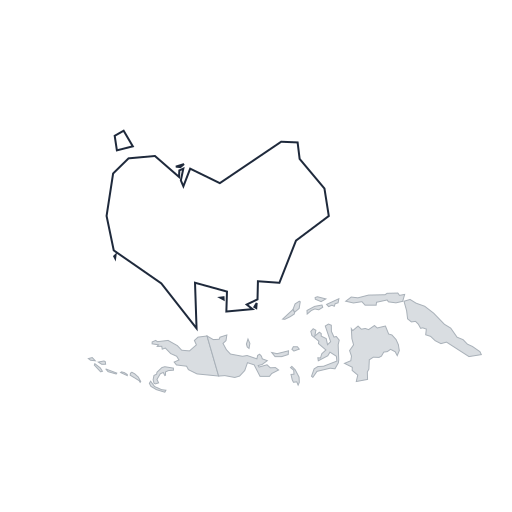 Australia highlighted among its neighbors, rotated 164°
{"feature_id": "AUS", "entity_name": "Australia", "entity_type": "country or territory", "adm_level": 0, "iso_a3": "AUS", "parent_name": "Oceania", "parent_adm1": "", "projection": "robinson", "projection_center": [137.073, -32.4], "detail": "coarse", "context": "with_neighbors", "style": "outline", "palette": "slate", "viewbox_px": 512, "rotation_deg": 164, "n_neighbors": 4, "source": "natural_earth", "source_scale": "50m", "svg_char_len": 4879}
<svg xmlns="http://www.w3.org/2000/svg" viewBox="0 0 512 512"><g transform="rotate(164 256 256)"><path d="M325.0,150.9L345.2,158.9L352.3,165.4L353.1,169.2L362.5,173.2L363.9,176.6L358.7,177.3L359.9,181.5L364.9,185.7L368.5,192.5L371.8,192.3L371.5,195.2L375.9,196.3L374.2,197.5L380.1,200.2L379.5,202.0L375.7,202.5L374.4,200.8L363.8,199.1L356.3,191.5L353.4,185.9L346.1,183.1L337.8,187.0L338.5,191.8L334.1,194.0L325.1,192.6L325.0,150.9ZM388.6,155.0L393.0,159.7L393.6,163.0L391.8,164.7L389.5,158.5L383.7,153.6L379.6,151.8L381.2,150.2L388.6,155.0ZM383.2,171.6L377.2,174.7L374.2,174.7L366.3,171.0L366.8,169.0L371.9,170.0L375.0,169.5L375.8,166.4L376.6,166.2L377.2,169.6L380.4,169.2L385.2,164.7L384.6,160.9L388.0,160.8L389.1,161.8L389.0,165.4L387.0,169.3L384.1,169.8L383.2,171.6ZM402.7,168.4L409.8,176.1L409.0,177.9L407.4,178.5L405.0,176.1L402.5,172.0L401.4,167.1L402.2,166.5L402.7,168.4Z" fill="#d9dde1" stroke="#a8b0b8" stroke-width="1"/><path d="M325.0,150.9L325.1,192.6L320.1,187.4L314.4,186.1L313.0,187.9L305.8,188.1L308.2,182.9L311.8,181.1L310.3,174.1L307.6,168.8L296.6,163.3L292.0,162.8L283.5,156.9L281.8,160.0L279.6,160.6L278.4,158.2L278.3,155.4L274.0,152.3L280.1,150.0L284.1,150.1L283.7,148.4L275.4,148.4L273.1,144.6L268.1,143.4L265.7,140.2L273.3,138.7L276.2,136.6L285.3,139.2L287.8,151.9L293.6,155.8L298.4,149.0L304.9,145.1L309.9,145.1L318.9,149.6L325.0,150.9ZM234.5,191.2L235.2,194.4L231.6,199.2L226.8,200.6L226.1,199.8L229.0,193.7L234.5,191.2ZM286.6,178.4L286.0,173.6L288.2,169.1L289.5,171.0L289.5,174.0L286.6,178.4ZM194.2,107.7L191.0,113.5L195.1,119.5L194.1,122.5L200.5,128.4L193.7,129.2L191.8,133.5L192.1,139.3L186.7,143.7L186.6,150.1L184.4,159.9L183.6,157.6L177.2,160.5L174.9,156.6L170.9,156.2L168.1,154.2L161.3,156.5L159.3,153.4L150.9,153.0L150.0,144.4L147.1,142.6L144.4,137.1L143.6,131.5L144.3,125.6L147.7,121.3L148.6,125.6L152.4,129.2L156.1,127.9L159.7,128.4L163.0,125.2L165.7,124.6L171.1,126.4L175.7,125.0L178.7,116.1L180.9,113.9L182.8,106.6L194.2,107.7ZM259.2,152.2L265.4,154.0L267.5,158.9L262.7,156.3L250.9,155.9L252.2,152.4L259.2,152.2ZM245.1,158.5L241.2,157.3L240.1,154.6L245.8,154.2L247.2,156.4L245.1,158.5ZM251.1,120.3L251.5,123.8L254.8,124.3L255.3,126.9L255.0,132.5L252.1,131.9L251.2,135.8L253.6,139.2L252.0,140.0L249.7,135.9L248.0,127.7L249.2,122.6L251.1,120.3ZM215.6,127.7L229.2,128.3L234.8,123.7L235.8,125.1L231.2,131.5L227.0,132.7L221.5,131.4L207.2,132.7L206.4,137.5L211.4,143.2L214.5,140.3L225.0,138.1L224.6,141.1L222.1,140.2L219.7,143.9L214.7,146.4L220.1,154.6L219.1,156.8L224.2,164.2L224.1,168.4L221.1,170.3L218.9,168.1L221.6,162.8L216.1,165.3L214.7,163.5L215.4,161.0L211.3,157.3L211.7,151.0L207.9,153.0L208.7,169.6L205.1,170.6L202.7,168.7L204.3,162.8L203.4,156.6L201.0,156.5L199.2,152.2L201.5,148.0L205.1,133.2L206.3,130.6L211.2,125.8L215.6,127.7ZM208.2,199.9L200.7,195.5L206.0,194.2L210.9,198.1L210.6,199.8L208.2,199.9ZM214.0,188.9L217.8,188.4L222.8,186.1L222.0,189.6L213.6,191.4L206.1,190.7L206.0,188.3L210.5,187.0L214.0,188.9ZM196.6,187.8L200.1,187.3L201.5,190.0L188.1,192.1L190.0,188.4L193.1,188.3L194.6,186.1L196.6,187.8ZM141.3,175.4L142.1,177.6L152.9,178.3L154.1,175.6L164.7,178.7L166.8,182.9L175.3,184.0L182.2,187.8L175.8,190.3L169.6,187.7L158.6,187.4L142.6,183.2L140.3,184.0L129.9,181.3L128.9,178.6L123.7,178.1L127.5,172.0L134.4,172.4L141.3,175.4ZM117.7,141.1L118.7,145.6L120.7,149.2L124.8,149.8L127.6,153.8L126.3,161.8L126.2,171.7L119.9,171.8L115.1,166.5L107.7,161.2L101.0,152.1L93.7,138.4L88.7,133.0L85.1,122.5L80.0,118.5L77.1,113.0L72.9,109.4L67.1,102.3L66.6,99.1L79.0,100.6L96.6,120.7L102.4,120.8L107.1,125.2L110.3,130.6L114.6,133.5L112.4,138.8L115.6,141.0L117.7,141.1Z" fill="#d9dde1" stroke="#a8b0b8" stroke-width="1"/><path d="M234.5,191.2L235.2,189.7L240.0,188.2L245.7,187.2L247.8,188.0L235.2,194.4L234.5,191.2Z" fill="#d9dde1" stroke="#a8b0b8" stroke-width="1"/><path d="M443.8,201.4L445.4,203.6L441.4,203.5L439.4,199.6L443.8,201.4ZM441.5,195.7L440.6,196.9L436.5,191.3L435.4,187.5L437.3,187.5L441.5,195.7ZM436.8,197.5L431.1,197.0L430.0,196.0L430.4,193.4L434.1,194.4L436.8,197.5ZM430.1,185.6L431.6,188.9L422.1,181.8L422.9,181.1L430.1,185.6ZM412.7,176.5L418.3,181.3L417.2,181.7L414.7,180.2L412.4,177.6L412.7,176.5Z" fill="#d9dde1" stroke="#a8b0b8" stroke-width="1"/><path d="M333.1,202.8L354.6,255.8L391.2,300.6L388.6,335.7L370.6,374.7L351.6,385.0L325.6,380.0L308.2,353.2L306.1,359.4L301.8,360.0L307.4,349.4L306.6,343.0L295.2,358.1L270.7,336.0L200.3,358.9L184.7,353.7L187.3,337.3L171.6,302.0L175.0,274.4L213.3,259.8L240.9,223.8L261.1,231.2L266.5,213.9L278.3,211.9L274.0,205.9L299.8,210.8L293.7,229.8L322.0,247.1L333.1,202.8ZM344.2,395.4L360.6,395.9L358.7,410.5L348.7,412.9L344.2,395.4ZM268.3,210.6L270.1,205.9L271.6,207.5L268.3,210.6ZM304.2,362.3L308.4,364.0L299.9,364.2L304.2,362.3ZM299.1,223.1L301.8,225.8L298.6,225.3L299.1,223.1ZM392.4,294.8L390.7,295.7L392.0,292.7L392.4,294.8Z" fill="none" stroke="#1e293b" stroke-width="2"/></g></svg>